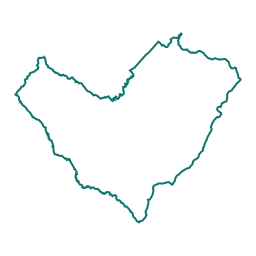 Barrancas, La Guajira, Colombia
{"feature_id": "7082276B63363201175642", "entity_name": "Barrancas", "entity_type": "district", "adm_level": 2, "iso_a3": "COL", "parent_name": "Colombia", "parent_adm1": "La Guajira", "projection": "robinson", "projection_center": [-72.754, 10.978], "detail": "fine", "context": "isolated", "style": "outline", "palette": "teal", "viewbox_px": 256, "rotation_deg": 0, "n_neighbors": 0, "source": "geoboundaries", "source_scale": "gbopen_adm2", "svg_char_len": 5660}
<svg xmlns="http://www.w3.org/2000/svg" viewBox="0 0 256 256"><path d="M160.6,43.5L158.4,41.7L148.0,53.4L146.4,54.3L134.5,67.7L130.0,70.4L131.8,72.3L133.3,74.4L133.4,76.2L133.0,76.6L131.7,76.3L131.2,76.6L131.5,77.4L131.3,78.2L129.5,78.3L128.8,79.8L127.8,79.3L127.4,79.4L127.2,81.6L128.1,82.0L128.0,82.7L127.2,83.3L127.3,84.3L126.7,84.6L126.0,83.8L125.2,83.6L125.1,84.0L125.9,86.0L125.8,86.5L125.3,86.8L124.1,86.6L123.2,87.0L123.9,87.6L123.0,89.1L123.8,91.8L123.6,94.3L122.7,94.6L121.4,95.7L120.4,94.1L119.9,94.2L119.1,97.7L118.3,98.7L117.7,99.0L116.6,98.5L116.5,97.1L115.8,96.6L115.3,97.7L114.2,97.8L113.3,98.7L114.5,99.4L114.7,100.0L113.6,99.8L112.7,101.0L111.4,100.2L110.7,98.8L109.6,98.2L109.4,97.6L108.9,97.5L108.7,96.4L107.4,96.6L105.6,97.7L104.8,97.0L103.7,97.9L102.4,97.8L101.6,98.5L100.8,98.7L98.6,97.1L98.2,96.4L96.1,95.2L94.7,94.8L93.7,95.5L93.4,95.4L92.0,93.6L89.5,91.7L88.1,91.4L87.3,90.9L85.6,89.0L84.7,87.2L83.6,86.5L82.1,83.9L81.5,83.4L80.2,83.1L78.9,83.4L78.2,82.2L77.7,81.9L75.6,82.1L75.9,80.8L73.3,78.8L72.6,77.5L71.7,77.4L70.0,78.8L68.0,78.7L67.6,78.2L67.5,77.3L65.6,75.6L64.4,75.8L63.4,74.7L62.1,75.4L60.8,75.5L60.6,74.8L59.4,75.0L57.9,73.3L57.3,73.3L56.6,72.9L55.9,73.0L55.7,72.4L54.4,72.1L54.2,71.4L53.2,70.9L52.8,69.7L47.8,67.0L47.9,65.7L46.2,64.3L45.8,62.3L45.9,61.6L45.5,61.0L45.3,59.3L44.4,57.1L43.9,57.7L42.6,57.5L40.8,58.0L38.7,57.9L37.9,60.5L38.4,63.3L37.0,65.1L37.1,65.5L38.0,66.6L38.3,67.4L37.8,69.0L33.5,72.1L32.5,72.2L29.7,73.4L29.8,75.1L27.2,76.7L27.6,77.8L27.4,78.6L26.0,79.0L24.8,79.9L25.6,82.6L24.2,84.9L23.2,86.4L21.2,86.7L21.0,87.8L20.6,88.5L19.6,89.2L19.2,90.0L18.3,90.6L18.0,91.4L17.0,92.2L16.4,93.5L15.4,94.4L15.5,94.7L16.3,94.6L16.5,95.3L17.2,95.1L18.7,96.8L18.9,97.8L19.2,98.1L19.0,99.8L20.7,101.7L20.4,102.1L20.8,102.1L20.9,102.7L22.2,104.1L22.3,104.7L22.9,105.4L23.9,105.8L24.0,106.2L25.5,107.3L26.7,108.8L27.0,109.7L30.6,113.2L31.1,114.6L31.8,115.2L31.9,115.9L32.6,116.6L32.7,117.2L33.5,117.1L34.6,118.3L35.6,118.5L37.1,119.6L38.9,119.9L39.6,120.4L40.2,121.6L41.0,121.9L42.1,123.7L42.7,124.2L43.3,126.2L44.2,127.0L45.4,127.4L45.9,127.8L45.6,130.0L45.9,130.4L46.2,131.9L47.0,132.6L47.0,133.2L47.4,132.9L48.3,134.0L47.9,135.3L48.5,135.3L48.5,135.9L48.9,136.3L48.9,137.4L48.5,137.9L49.1,138.5L48.8,138.7L49.8,139.8L50.5,140.0L50.6,140.5L51.6,140.7L51.5,141.4L52.5,143.1L52.8,144.6L53.3,145.5L53.3,146.1L52.6,146.4L53.5,147.1L53.2,148.2L53.8,150.8L53.7,152.1L54.4,153.2L54.7,154.2L55.6,154.2L56.8,154.9L57.5,154.7L59.4,155.8L62.1,155.9L63.4,157.3L64.6,158.0L65.0,158.7L66.4,158.6L66.8,160.0L67.8,159.5L68.4,159.8L68.8,158.9L69.3,159.0L70.2,161.1L74.3,168.3L74.2,169.1L75.0,169.3L76.8,172.3L76.8,172.9L76.2,173.4L76.6,174.0L76.3,174.0L76.1,174.9L75.8,174.8L75.7,175.1L76.0,175.3L75.6,176.1L75.9,176.4L75.9,176.8L76.1,176.7L75.6,177.3L76.4,178.2L76.2,178.8L76.6,179.3L76.5,180.0L77.0,180.9L77.8,180.8L78.2,181.0L77.9,181.6L78.6,181.7L78.6,182.5L79.7,184.4L81.8,185.0L82.7,186.8L82.4,187.2L82.8,187.3L82.7,187.6L83.2,188.0L84.1,187.6L84.6,188.0L86.0,187.1L86.6,187.3L87.5,187.0L87.3,186.3L87.8,186.1L88.3,186.5L88.4,187.0L89.2,186.7L89.8,186.9L90.7,188.4L91.2,188.4L92.1,187.5L93.7,187.6L95.2,188.9L96.9,189.1L97.4,188.8L98.3,189.2L98.9,189.8L99.0,190.4L100.1,191.6L101.1,191.8L101.3,192.2L102.4,192.9L102.4,193.3L103.3,193.1L103.5,193.6L104.4,193.9L104.8,193.7L105.3,192.9L106.0,193.0L106.6,192.0L107.8,192.1L109.7,192.5L109.8,194.6L111.3,194.5L112.0,195.2L111.9,195.7L112.3,196.2L112.7,195.8L113.8,195.7L114.7,195.1L115.7,195.2L116.4,196.5L116.1,198.0L117.0,199.9L117.9,200.0L118.3,200.5L119.2,200.3L120.5,201.3L120.9,201.8L120.9,202.5L122.2,202.8L123.4,203.9L125.0,206.6L126.5,206.5L128.8,208.8L130.1,210.5L130.3,211.7L131.5,212.0L132.7,213.8L133.1,216.0L133.4,216.8L135.3,218.5L136.8,221.1L139.0,222.4L139.8,221.2L141.6,221.0L142.8,220.3L145.4,217.3L146.4,215.4L146.5,214.6L145.8,213.5L145.6,211.4L147.1,208.6L148.3,203.5L148.4,200.6L148.0,199.8L149.8,199.5L151.7,196.5L152.7,194.3L153.4,190.7L153.3,189.1L152.8,188.0L153.6,186.1L154.5,185.4L158.2,183.8L158.6,183.4L162.5,183.6L168.0,182.1L168.9,182.3L170.5,183.3L171.6,184.6L172.2,184.7L174.7,181.1L175.7,177.4L176.7,175.9L179.0,174.3L182.0,171.4L186.5,168.6L189.4,167.8L190.6,166.1L192.0,164.8L192.7,163.5L193.1,161.4L193.5,160.8L194.5,159.8L196.1,159.2L197.9,157.8L198.6,156.6L199.1,154.4L201.3,151.8L202.9,150.5L203.1,150.0L203.0,148.0L204.0,146.6L204.8,143.4L206.4,140.3L207.6,137.0L211.6,129.8L211.6,128.8L211.0,127.5L211.0,126.4L212.7,122.4L214.4,119.8L216.8,117.3L217.5,117.0L218.2,117.3L219.1,117.2L221.1,114.5L221.3,113.9L221.0,113.0L218.3,111.1L217.4,110.0L217.1,109.3L217.4,107.9L218.1,107.1L218.9,106.8L220.5,107.0L220.9,106.7L221.8,103.5L224.7,101.9L226.4,101.3L227.0,99.7L227.2,95.8L227.1,94.5L228.3,92.3L229.5,91.2L230.4,91.1L231.8,90.3L232.4,89.1L234.3,86.9L236.4,83.9L240.5,80.0L240.6,79.5L240.4,78.8L238.9,78.2L238.5,77.7L238.0,74.8L236.3,70.4L236.0,68.4L235.5,67.7L234.9,67.5L234.1,68.1L232.7,68.5L231.1,68.0L229.4,64.8L228.5,61.6L226.9,60.6L225.6,59.2L224.6,59.0L219.2,59.6L214.7,58.2L213.0,59.3L211.4,59.3L210.3,58.6L209.2,58.5L207.1,57.3L206.4,56.2L204.7,54.9L204.3,53.7L203.9,53.3L202.1,52.1L200.1,51.2L198.7,51.0L196.1,52.7L195.0,52.8L194.2,52.6L193.4,52.9L193.2,52.5L190.6,52.7L189.8,52.2L189.5,51.6L188.0,50.8L187.1,49.4L185.6,50.0L184.3,49.6L183.2,49.7L181.9,49.2L180.7,47.4L180.2,45.8L179.3,45.5L178.4,44.4L178.3,43.8L178.6,42.3L178.1,40.9L178.5,39.2L179.2,38.3L179.6,36.5L181.6,34.2L181.3,33.6L180.7,33.7L180.3,34.5L179.1,35.2L178.5,37.1L177.8,37.8L177.0,38.0L173.7,37.5L170.5,39.4L171.2,41.1L170.8,42.7L168.5,44.3L168.4,45.7L167.1,47.0L165.8,47.1L163.3,44.9L162.0,45.6L160.6,43.5Z" fill="none" stroke="#0f766e" stroke-width="2"/></svg>